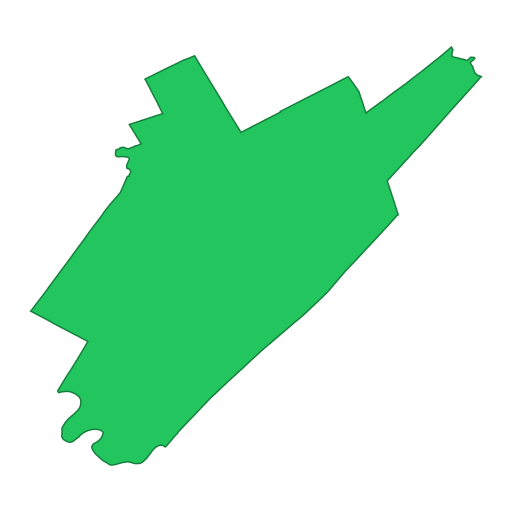 the district of Ciorani, Prahova, Romania
{"feature_id": "2599482B52551165147319", "entity_name": "Ciorani", "entity_type": "district", "adm_level": 2, "iso_a3": "ROU", "parent_name": "Romania", "parent_adm1": "Prahova", "projection": "natural_earth1", "projection_center": [26.426, 44.821], "detail": "fine", "context": "isolated", "style": "filled", "palette": "green", "viewbox_px": 512, "rotation_deg": 0, "n_neighbors": 0, "source": "geoboundaries", "source_scale": "gbopen_adm2", "svg_char_len": 5794}
<svg xmlns="http://www.w3.org/2000/svg" viewBox="0 0 512 512"><path d="M165.4,446.9L166.1,446.3L172.6,438.8L172.8,438.3L174.6,436.3L177.1,433.7L178.3,432.0L182.5,427.4L195.7,413.6L210.5,398.0L211.6,397.0L216.7,392.3L220.5,388.6L226.5,383.0L231.8,378.1L237.4,373.0L238.7,371.8L245.2,365.8L249.6,361.6L250.4,361.0L251.0,360.3L253.9,357.7L261.7,350.5L279.9,335.0L294.6,322.4L297.8,319.8L303.7,314.8L320.0,299.4L327.6,292.0L344.3,272.4L345.6,270.9L347.3,269.3L349.0,267.3L351.6,264.7L357.7,258.2L361.1,254.5L362.6,253.0L362.5,252.9L367.9,247.2L374.1,240.6L384.7,229.1L385.7,228.1L395.7,217.0L396.5,215.9L398.2,214.8L394.3,202.5L391.0,192.4L387.2,180.8L389.1,178.9L391.6,176.1L396.3,171.0L401.4,165.4L403.9,162.6L405.4,161.0L407.7,158.6L411.6,154.1L412.9,152.7L416.8,148.6L418.2,147.2L419.8,145.6L422.3,142.8L424.0,140.8L424.9,140.0L425.6,139.1L426.8,137.8L451.7,109.5L471.7,87.4L478.2,80.0L479.0,79.0L479.8,78.2L480.2,77.7L481.3,76.6L480.0,76.0L479.4,75.8L477.8,75.5L477.6,75.4L477.2,75.1L477.1,74.9L477.0,74.7L476.8,74.4L475.7,73.6L475.2,73.1L474.9,72.7L474.6,72.3L474.5,72.0L474.5,71.8L474.4,71.6L474.1,70.8L474.0,70.4L473.6,69.6L473.4,69.1L473.1,67.7L472.7,66.5L472.2,65.8L472.0,65.6L471.5,65.2L471.4,65.1L471.3,64.8L471.0,64.2L470.7,63.5L470.2,62.7L471.1,61.8L472.6,60.6L473.6,59.8L474.6,58.5L474.8,58.3L474.5,57.7L474.4,57.6L474.1,57.4L473.8,57.4L472.8,57.4L471.5,57.2L471.1,57.2L470.9,57.2L470.8,57.3L470.3,57.7L468.2,59.7L467.5,60.1L467.0,60.4L466.8,60.4L466.5,60.4L465.2,59.8L464.5,59.6L464.0,59.5L463.3,59.3L462.8,59.2L461.8,59.0L461.1,58.9L459.8,58.5L458.6,58.1L458.2,58.0L457.4,57.9L456.9,57.8L456.2,57.5L455.3,57.5L454.8,57.4L454.4,57.2L453.8,57.1L453.6,57.1L453.1,56.9L452.7,56.8L452.4,56.6L452.2,56.5L452.1,56.3L452.0,55.9L451.9,55.0L452.0,53.6L452.0,52.8L452.1,52.4L452.2,51.9L452.5,50.9L452.6,50.7L452.8,50.2L452.9,49.8L452.7,49.4L452.5,48.8L452.1,48.2L451.9,47.8L451.6,47.6L451.4,47.1L444.9,52.6L442.9,54.4L437.5,58.8L432.5,62.7L423.4,70.0L422.7,70.6L422.2,71.0L421.4,71.6L420.6,72.3L417.3,74.7L415.7,76.0L412.0,78.8L409.9,80.5L408.9,81.3L407.5,82.3L406.8,83.0L405.5,84.0L405.1,84.3L404.4,84.6L404.0,84.9L403.4,85.4L401.4,86.9L400.3,87.7L394.3,91.9L386.2,98.1L382.4,101.2L381.0,101.9L377.0,104.9L376.0,105.7L375.9,105.7L366.9,112.2L365.8,113.1L365.4,111.5L365.0,110.2L363.6,105.9L361.6,99.6L361.0,98.1L359.0,91.8L356.3,87.8L350.3,79.4L348.8,77.4L348.7,77.2L348.5,76.8L347.4,77.1L343.4,79.1L334.7,83.6L330.7,85.7L324.2,89.0L312.9,94.8L311.8,95.2L310.7,95.9L308.8,96.8L295.1,103.9L293.8,104.5L291.4,105.8L281.3,110.9L280.4,111.3L280.8,111.9L269.4,117.8L266.3,119.3L256.7,124.3L243.9,130.9L241.0,132.4L228.8,112.6L226.1,108.2L221.8,100.8L218.4,95.2L206.3,75.4L202.4,68.9L200.4,65.6L198.1,61.7L197.2,60.2L195.5,57.4L194.6,55.8L190.9,57.3L188.6,58.3L185.8,59.3L185.3,59.5L184.0,60.0L183.4,60.2L179.9,61.9L178.0,62.9L163.5,69.9L156.1,73.6L145.0,79.1L147.0,82.8L149.1,86.7L153.8,96.0L156.7,101.4L158.1,104.3L162.7,113.6L154.1,116.4L129.3,124.5L140.6,143.0L141.1,143.8L137.3,145.6L137.0,145.7L136.3,145.7L135.3,145.9L135.0,146.0L134.6,146.5L134.4,146.6L131.7,147.5L130.3,148.1L129.2,148.6L128.6,148.7L128.3,148.7L127.8,148.6L125.9,148.3L124.1,147.4L123.8,147.3L123.4,147.3L121.9,147.4L121.1,147.6L120.6,147.7L120.1,148.0L119.6,148.3L119.2,148.8L118.8,149.1L118.3,149.4L118.0,149.4L117.7,149.4L117.4,149.3L115.9,150.2L115.6,152.3L115.5,154.6L115.6,155.3L115.8,155.6L116.3,156.0L116.7,156.4L118.0,156.8L120.1,156.7L122.2,156.5L123.8,156.6L125.2,156.9L127.1,157.0L128.3,157.4L128.9,158.0L129.2,158.8L129.2,159.6L128.6,160.8L127.6,163.1L126.8,165.1L126.6,166.7L126.8,168.0L127.5,168.6L129.0,168.8L129.5,169.4L130.6,170.9L130.7,171.4L130.6,171.8L130.2,172.8L130.1,173.5L130.0,173.8L129.4,174.5L129.2,174.8L129.1,175.4L129.0,176.3L128.5,176.2L127.8,176.3L127.5,176.5L127.2,176.8L126.8,177.5L126.5,178.1L126.4,178.6L120.4,192.4L118.7,194.5L113.9,200.0L110.1,204.4L108.2,206.8L106.6,208.8L105.9,209.8L104.5,211.5L103.9,212.2L103.0,213.8L98.4,220.0L91.8,228.6L89.8,231.3L84.0,239.5L76.8,249.2L73.8,253.3L72.2,255.4L72.2,255.6L70.5,257.9L66.4,263.5L61.7,269.7L56.1,277.3L51.6,283.3L48.5,287.5L47.8,288.6L44.6,293.0L39.8,299.3L36.0,304.2L34.3,306.6L32.8,308.5L31.2,310.5L30.7,311.1L34.0,312.9L43.6,317.9L51.2,322.0L52.4,322.8L53.5,323.4L59.0,326.3L62.4,328.1L68.6,331.3L75.3,334.9L76.6,335.4L83.2,339.0L87.9,341.4L85.0,346.5L81.2,352.8L78.9,356.6L77.1,359.7L76.2,361.0L73.4,365.6L71.5,368.7L70.1,370.9L66.8,375.9L65.3,378.3L64.3,379.9L60.8,385.7L58.0,390.5L57.8,390.8L57.8,391.0L58.0,391.6L58.7,392.7L60.5,392.1L62.9,391.7L66.4,391.4L69.4,391.5L72.2,392.5L75.0,393.7L77.4,395.3L79.3,397.0L80.5,399.1L80.9,401.5L80.7,403.9L80.2,406.5L79.1,408.6L77.5,410.7L75.4,412.7L73.9,414.1L69.0,418.3L66.1,421.4L63.3,425.6L62.0,428.0L62.0,432.0L62.0,433.4L61.9,434.4L61.7,435.3L61.8,436.3L62.0,437.3L62.4,438.0L63.1,439.0L63.8,439.7L66.5,441.3L67.4,441.7L68.4,442.0L69.7,442.2L70.2,442.2L71.2,442.1L71.9,441.9L72.6,441.5L73.5,441.0L75.1,439.8L75.8,439.2L77.0,438.3L78.1,437.6L78.5,437.3L79.1,436.7L79.9,435.7L80.5,435.0L81.8,433.9L83.8,432.6L84.8,432.0L88.0,430.5L91.5,429.6L95.7,429.1L99.8,429.9L101.8,431.0L102.9,432.0L103.1,432.8L103.0,433.7L102.2,436.0L101.8,436.9L101.1,438.1L100.3,439.0L99.5,439.9L98.6,440.7L97.6,441.5L96.6,442.1L95.1,443.0L93.8,443.6L93.0,444.4L92.1,445.9L91.8,447.0L91.9,447.7L92.1,448.7L93.0,450.4L93.7,451.3L94.4,452.4L95.1,453.4L96.3,454.7L100.3,458.3L101.6,459.6L103.3,460.8L106.5,462.6L109.7,464.7L110.5,465.0L112.0,465.0L115.6,464.5L117.8,463.8L122.3,462.6L125.0,462.1L126.6,461.9L127.9,461.9L129.3,462.0L132.1,462.8L134.2,463.3L135.3,463.6L137.1,463.6L139.6,463.4L141.6,462.7L143.6,461.2L146.0,458.9L146.9,458.0L151.1,452.4L153.3,449.4L155.7,447.3L157.7,446.0L159.4,445.4L161.6,445.2L163.4,445.6L165.1,446.9L165.4,446.9Z" fill="#22c55e" stroke="#15803d" stroke-width="1.5"/></svg>